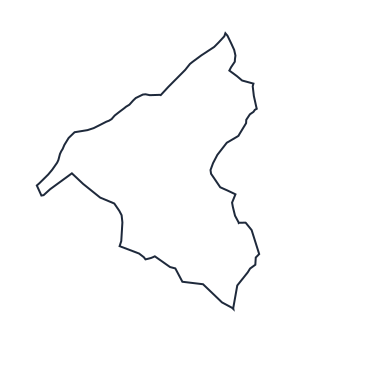 Sandamu, Katsina, Nigeria (Robinson projection), rotated 143°
{"feature_id": "59680162B54666922464494", "entity_name": "Sandamu", "entity_type": "district", "adm_level": 2, "iso_a3": "NGA", "parent_name": "Nigeria", "parent_adm1": "Katsina", "projection": "robinson", "projection_center": [8.364, 12.927], "detail": "fine", "context": "isolated", "style": "outline", "palette": "slate", "viewbox_px": 384, "rotation_deg": 143, "n_neighbors": 0, "source": "geoboundaries", "source_scale": "gbopen_adm2", "svg_char_len": 1608}
<svg xmlns="http://www.w3.org/2000/svg" viewBox="0 0 384 384"><g transform="rotate(143 192 192)"><path d="M69.8,298.7L72.5,296.9L80.7,295.4L87.0,294.5L102.2,295.5L113.1,295.6L116.6,295.5L124.0,293.6L147.6,290.2L158.7,288.2L159.3,289.0L167.4,294.7L170.3,298.0L172.6,299.4L180.4,300.9L181.2,300.8L183.8,300.5L186.9,299.9L189.5,299.4L191.5,299.6L193.3,299.8L195.6,299.7L202.0,299.7L207.7,299.6L211.5,298.8L212.2,298.6L215.4,298.9L218.1,299.7L223.9,300.7L232.1,302.2L238.2,304.3L249.8,310.4L258.0,309.4L265.6,306.4L269.4,304.2L272.0,303.2L274.6,301.8L279.4,298.0L282.0,296.6L290.3,293.9L296.3,292.5L309.0,290.8L312.0,290.6L314.4,279.8L312.4,278.8L303.6,279.6L276.7,279.2L274.1,264.0L268.7,242.8L261.0,229.6L261.4,220.7L262.2,215.8L265.9,209.6L278.0,195.4L282.4,192.3L271.3,174.7L269.7,168.9L269.7,166.2L267.2,165.1L264.5,164.0L262.7,163.5L260.4,163.0L254.7,145.3L251.3,141.0L253.7,126.1L238.7,111.7L234.5,85.8L229.7,75.4L229.4,73.6L228.9,74.5L212.1,90.1L195.8,94.3L191.7,95.9L185.2,95.8L180.5,101.3L175.7,102.0L167.3,125.7L167.6,134.8L167.7,135.3L168.8,136.1L172.8,139.0L173.3,139.1L173.1,139.5L171.9,147.2L168.3,155.6L166.4,159.4L158.7,164.0L159.5,165.6L162.9,172.1L164.8,175.5L166.6,178.8L165.8,195.1L164.0,198.4L157.8,202.4L149.4,206.4L134.6,210.4L122.5,209.0L121.1,208.9L119.0,209.8L107.4,214.4L105.2,217.0L99.0,219.2L94.7,219.0L92.4,219.8L90.2,219.5L89.4,221.4L86.7,227.3L84.8,231.5L80.7,238.5L79.9,239.9L77.7,241.6L84.9,250.9L86.4,257.5L87.4,260.9L89.1,266.5L85.8,268.1L79.4,270.3L77.7,272.3L75.2,274.8L72.8,280.1L71.2,287.4L69.6,295.5L69.8,298.7Z" fill="none" stroke="#1e293b" stroke-width="2"/></g></svg>